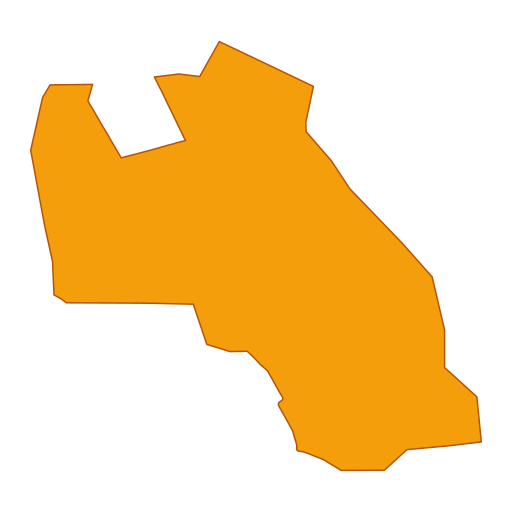 Bayan, Töv, Mongolia (Natural Earth projection)
{"feature_id": "93677404B58656077774503", "entity_name": "Bayan", "entity_type": "district", "adm_level": 2, "iso_a3": "MNG", "parent_name": "Mongolia", "parent_adm1": "Töv", "projection": "natural_earth1", "projection_center": [107.657, 47.138], "detail": "fine", "context": "isolated", "style": "filled", "palette": "amber", "viewbox_px": 512, "rotation_deg": 0, "n_neighbors": 0, "source": "geoboundaries", "source_scale": "gbopen_adm2", "svg_char_len": 2050}
<svg xmlns="http://www.w3.org/2000/svg" viewBox="0 0 512 512"><path d="M246.5,54.5L219.3,41.6L199.7,76.5L179.0,74.0L154.5,77.0L155.2,78.7L158.1,84.3L159.5,87.3L160.2,88.6L160.4,88.8L162.7,93.5L164.3,96.8L167.9,104.4L169.0,106.6L173.2,115.2L173.3,115.4L173.9,116.7L174.0,117.0L174.2,117.3L174.3,117.5L179.4,128.1L184.2,138.0L184.5,138.7L184.9,139.2L185.5,140.1L185.5,140.5L181.3,141.6L175.4,143.1L174.2,143.6L169.0,144.9L164.2,146.3L163.9,146.4L162.9,146.6L162.3,146.8L160.7,147.2L160.3,147.3L160.0,147.4L159.5,147.7L158.8,147.9L158.6,147.9L147.0,151.1L131.9,155.0L129.3,155.7L121.2,157.8L110.5,139.6L110.0,138.8L109.5,137.7L107.6,134.5L101.9,125.0L99.1,120.1L95.5,113.9L93.1,109.7L89.9,104.5L87.9,100.7L88.3,99.4L91.0,90.1L92.5,84.4L50.1,84.9L42.6,97.4L39.9,109.4L33.0,140.0L30.7,150.3L44.5,225.0L52.6,261.8L52.8,268.3L54.0,294.9L61.1,298.9L66.4,302.8L135.8,303.1L147.6,303.2L193.3,304.2L206.8,344.4L230.0,351.6L247.3,351.3L249.4,353.3L253.4,357.1L255.9,359.7L258.0,362.0L259.1,363.2L260.2,364.4L266.3,369.7L267.1,370.5L267.5,370.8L268.1,371.9L269.7,374.7L271.6,378.1L273.5,381.5L276.0,385.9L277.0,387.7L279.4,392.1L281.9,396.2L282.6,397.6L282.8,398.1L282.8,398.7L282.7,399.2L282.3,400.0L281.8,400.4L281.2,400.9L280.4,401.4L279.6,401.9L279.1,402.4L278.7,403.0L278.5,403.5L278.3,404.1L278.4,404.7L278.6,405.5L279.8,407.8L281.6,411.0L283.3,414.0L285.1,417.2L287.7,421.9L290.9,427.7L292.8,431.2L293.2,432.8L294.2,436.4L295.2,439.9L295.7,441.2L296.6,444.7L296.8,445.8L296.7,447.1L296.7,448.8L296.7,449.4L297.1,450.2L297.4,450.7L298.1,451.0L298.8,451.1L300.8,451.4L302.8,451.8L304.6,452.2L307.6,453.3L310.2,454.3L311.9,455.0L312.0,455.1L316.1,456.7L319.9,458.2L320.3,458.4L321.0,458.7L323.7,459.7L323.8,459.8L326.8,461.7L330.4,463.9L334.2,466.1L335.9,467.2L339.9,469.6L340.6,470.0L341.2,470.4L342.3,470.4L384.4,470.2L407.0,449.6L448.6,445.8L481.3,441.9L476.9,396.9L455.4,377.3L444.6,367.6L444.6,330.2L432.2,277.0L402.2,243.2L349.8,188.8L331.4,160.8L306.1,131.7L305.8,122.3L313.4,86.4L246.5,54.5Z" fill="#f59e0b" stroke="#b45309" stroke-width="1.5"/></svg>